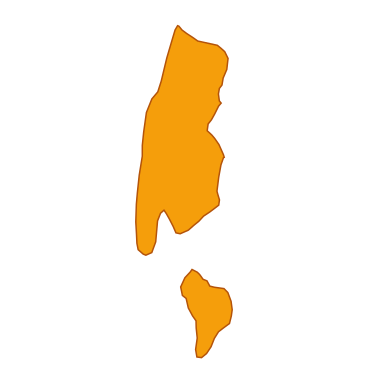 Vaxholm, Stockholm, Sweden (Equal Earth projection), rotated 98°
{"feature_id": "70781695B74265456300359", "entity_name": "Vaxholm", "entity_type": "district", "adm_level": 2, "iso_a3": "SWE", "parent_name": "Sweden", "parent_adm1": "Stockholm", "projection": "equal_earth", "projection_center": [18.262, 59.415], "detail": "fine", "context": "isolated", "style": "filled", "palette": "amber", "viewbox_px": 384, "rotation_deg": 98, "n_neighbors": 0, "source": "geoboundaries", "source_scale": "gbopen_adm2", "svg_char_len": 1372}
<svg xmlns="http://www.w3.org/2000/svg" viewBox="0 0 384 384"><g transform="rotate(98 192 192)"><path d="M99.9,175.5L98.0,177.6L91.2,179.5L85.6,179.3L81.9,177.2L74.8,177.0L65.8,174.6L54.7,174.9L48.5,179.1L45.7,183.2L43.2,187.3L41.7,207.3L39.2,212.1L35.8,219.3L33.0,224.4L29.6,228.1L29.3,229.4L33.9,231.3L43.8,232.8L62.7,235.6L86.5,237.9L97.6,239.8L105.4,244.7L119.6,248.2L139.1,248.2L152.7,247.7L163.5,246.2L182.7,246.6L200.3,246.0L211.8,245.4L229.4,243.5L241.5,241.1L250.5,239.4L256.6,237.3L260.3,231.7L261.0,228.9L257.6,223.4L246.4,221.0L225.4,222.1L217.4,220.2L213.9,217.2L217.0,214.4L221.7,210.8L228.8,205.8L234.7,202.2L235.0,197.9L230.3,190.3L224.8,185.6L219.8,181.0L214.3,177.2L209.3,171.6L205.3,167.6L201.3,163.7L196.0,163.7L190.8,166.1L187.7,167.4L173.4,167.6L161.1,167.1L153.6,165.6L153.2,164.9L150.6,166.1L141.3,171.9L136.0,176.8L132.9,180.2L129.2,185.5L122.4,185.5L117.8,182.8L111.6,180.4L103.2,177.6L99.9,175.5ZM309.3,135.8L303.0,135.8L294.8,138.1L286.6,142.5L283.2,146.9L283.2,156.6L282.7,161.3L277.9,164.8L276.9,168.9L272.6,173.0L270.7,175.6L268.7,181.2L271.6,182.7L277.9,187.1L287.6,190.0L295.8,187.1L298.2,183.0L307.4,179.5L314.6,174.2L319.0,170.1L326.2,168.9L335.9,166.5L347.5,166.5L354.7,164.2L354.7,159.5L349.9,155.1L342.6,151.6L333.9,149.5L326.7,146.3L322.8,142.5L317.0,136.6L309.3,135.8Z" fill="#f59e0b" stroke="#b45309" stroke-width="1.5"/></g></svg>